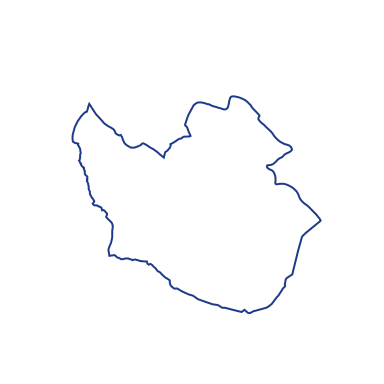 Angkor Chey, Kâmpôt, Cambodia (Robinson projection), rotated 134°
{"feature_id": "14789045B76666331169485", "entity_name": "Angkor Chey", "entity_type": "district", "adm_level": 2, "iso_a3": "KHM", "parent_name": "Cambodia", "parent_adm1": "Kâmpôt", "projection": "robinson", "projection_center": [104.635, 10.793], "detail": "fine", "context": "isolated", "style": "outline", "palette": "blue", "viewbox_px": 384, "rotation_deg": 134, "n_neighbors": 0, "source": "geoboundaries", "source_scale": "gbopen_adm2", "svg_char_len": 5451}
<svg xmlns="http://www.w3.org/2000/svg" viewBox="0 0 384 384"><g transform="rotate(134 192 192)"><path d="M238.7,66.1L234.6,64.8L233.4,63.9L225.1,59.0L222.8,57.8L220.4,57.3L219.1,57.1L216.9,56.9L216.1,57.0L214.6,57.2L211.2,57.6L208.8,57.9L206.4,57.9L199.3,59.3L198.6,59.6L195.7,59.5L194.7,59.9L194.1,61.0L189.8,63.8L188.6,64.0L187.6,64.0L186.5,63.7L182.8,62.9L181.7,62.6L181.1,62.9L180.3,63.4L160.5,74.9L148.1,81.6L146.8,81.9L142.1,81.7L136.2,81.0L124.4,79.6L123.2,79.6L122.8,81.0L122.4,82.1L122.3,83.8L122.0,85.8L121.8,88.1L121.8,91.0L121.7,93.9L121.6,96.5L121.6,98.4L121.8,100.7L122.1,102.5L122.2,103.3L122.3,105.3L122.2,107.2L121.8,109.7L121.0,111.6L119.9,113.8L119.3,115.7L118.9,117.8L118.9,121.2L119.2,123.5L119.6,125.2L120.2,127.1L120.7,128.6L121.5,130.2L122.6,132.0L123.2,132.6L123.8,133.2L125.1,134.5L126.3,135.4L127.4,136.2L128.0,137.0L128.0,137.9L127.1,138.8L125.4,140.2L124.7,140.9L123.3,142.4L122.3,143.8L121.4,145.9L120.8,147.8L120.9,149.4L121.6,151.4L122.1,153.0L122.2,154.4L121.9,155.5L121.4,155.9L120.6,156.4L120.0,155.9L117.8,154.1L115.7,153.1L112.7,152.8L110.5,152.7L108.5,152.8L105.9,152.1L104.5,151.4L102.6,151.4L100.6,151.4L97.6,150.5L96.4,149.9L95.1,149.5L93.7,149.4L92.8,149.3L92.0,149.6L91.6,150.1L90.9,152.2L91.0,154.3L91.9,156.4L92.8,157.8L93.4,159.3L94.1,161.5L94.7,164.0L94.9,166.2L94.9,169.0L94.7,171.3L94.3,173.3L93.9,175.2L93.7,176.9L93.7,180.0L93.8,183.3L93.7,185.8L93.7,187.5L94.0,189.3L94.0,191.1L93.9,192.9L93.5,194.8L92.9,195.4L91.8,196.0L90.5,196.2L90.1,196.8L89.8,200.1L89.7,203.8L89.6,206.5L89.3,208.5L88.8,210.2L88.8,212.1L88.7,214.4L89.0,217.5L89.7,220.0L90.8,222.8L91.8,224.8L93.1,226.9L94.4,228.7L95.7,229.7L96.6,230.1L97.9,229.8L100.4,228.6L102.7,227.0L104.8,225.7L106.8,224.8L108.9,225.1L110.4,226.3L112.0,229.7L113.1,231.6L113.7,232.9L114.3,234.2L114.9,235.1L115.7,236.6L116.5,238.7L117.1,240.5L117.3,241.1L117.8,241.5L118.4,242.7L119.7,245.3L121.4,247.9L122.3,248.8L123.4,249.8L124.6,250.5L128.2,251.1L131.3,250.3L134.4,249.4L138.5,248.3L141.5,247.1L144.8,245.5L146.8,244.6L148.3,243.7L148.8,243.3L148.8,240.8L149.5,239.1L150.5,237.3L151.5,234.9L152.3,232.7L152.7,232.0L154.1,232.6L156.0,234.5L157.9,236.3L159.5,236.8L160.8,236.8L162.6,238.1L164.9,238.7L167.1,239.1L170.2,239.9L171.8,240.4L172.5,240.8L173.1,239.9L174.0,239.4L174.6,239.0L175.6,238.7L176.3,238.6L178.0,238.6L178.9,238.4L180.5,238.6L181.8,239.0L183.2,238.3L183.8,237.9L185.9,236.8L186.8,236.2L187.2,240.4L187.3,241.6L187.3,244.2L188.1,249.8L189.1,253.3L189.8,257.5L190.8,260.8L192.0,261.6L193.7,261.4L195.0,261.9L198.1,263.2L200.4,264.5L202.5,266.8L203.7,271.3L203.8,274.2L202.5,277.9L201.1,280.4L200.5,282.9L201.7,283.4L202.5,285.3L202.9,287.8L202.2,288.7L201.4,291.7L201.9,294.7L202.9,298.1L203.6,303.0L203.2,306.9L202.7,315.3L201.3,321.4L200.0,327.1L202.7,325.9L204.1,325.0L205.7,324.2L207.4,323.4L208.2,324.1L209.0,324.2L210.1,324.3L210.8,324.4L213.2,324.4L215.4,324.2L218.2,323.7L220.0,323.5L222.0,322.9L224.3,322.2L227.2,321.2L228.7,320.3L231.3,318.9L233.3,317.8L235.0,316.5L237.0,314.6L238.0,313.4L238.5,312.3L238.2,311.7L238.2,310.8L237.7,309.7L237.3,309.2L236.7,308.3L236.3,307.4L237.3,306.9L237.8,304.8L238.2,304.2L238.4,303.1L238.7,302.5L239.2,301.8L239.6,301.3L240.1,300.8L240.6,300.0L241.4,299.0L242.1,298.7L243.0,298.3L243.6,297.7L244.4,296.9L244.8,296.5L245.6,296.1L246.4,295.4L247.2,295.0L247.9,295.1L248.0,294.4L248.4,293.2L248.8,292.6L248.6,291.6L248.9,291.0L249.5,290.7L249.8,289.6L249.9,288.9L249.8,287.6L249.5,286.8L250.0,286.1L250.5,286.0L250.8,285.4L251.1,284.3L251.4,283.6L252.1,283.1L252.7,282.4L253.2,281.9L253.5,281.4L253.8,280.3L253.7,279.6L253.6,278.6L253.7,278.0L254.0,277.5L254.6,277.0L255.5,276.8L255.9,275.7L256.5,275.8L257.1,275.3L257.4,274.5L257.7,273.7L257.9,272.8L258.3,272.2L259.0,271.6L259.5,270.5L259.9,270.0L260.5,269.4L261.1,269.0L261.5,268.5L261.9,267.8L262.3,266.7L262.6,265.8L263.2,265.2L264.3,264.1L264.8,262.8L265.0,261.6L265.4,261.0L265.7,259.9L265.7,258.9L265.9,257.8L266.5,255.9L267.3,255.6L268.3,255.5L269.3,255.3L269.4,254.5L269.6,253.8L269.4,253.0L268.8,252.2L267.6,251.0L267.6,250.3L267.2,249.6L267.1,248.6L266.7,248.0L266.3,247.2L266.4,246.4L266.4,245.7L266.8,245.2L267.4,244.6L267.7,244.0L267.0,243.5L266.5,243.0L266.2,241.9L266.3,241.0L266.5,239.6L266.5,238.2L267.2,237.5L267.9,237.2L269.1,236.7L269.6,236.4L269.7,235.6L269.8,233.7L269.8,232.2L269.8,230.1L269.9,228.2L270.6,226.8L271.5,225.3L273.5,223.7L275.4,222.4L276.2,221.5L277.9,220.0L279.2,218.6L281.1,217.2L282.8,216.1L285.2,214.8L287.4,214.0L288.8,213.4L290.4,212.7L291.8,211.8L293.2,209.9L295.3,207.1L294.0,206.1L292.5,204.9L291.2,203.8L291.0,202.7L291.1,201.5L291.0,200.1L290.3,199.2L290.0,198.1L289.8,197.5L289.6,196.3L288.1,194.9L286.8,194.2L286.1,193.6L284.9,192.6L284.0,191.6L283.6,190.2L283.1,189.4L282.5,188.5L282.4,187.4L281.2,186.8L279.9,185.9L279.2,184.4L278.3,182.9L277.6,181.1L276.2,179.6L275.2,178.2L273.7,176.6L273.3,176.1L274.3,174.8L274.5,173.6L274.3,172.6L273.5,172.4L272.5,171.8L272.2,169.5L272.4,167.4L272.2,165.3L272.5,163.8L272.8,161.5L272.1,159.8L272.0,158.5L272.1,157.6L272.2,155.6L272.1,152.0L271.4,149.1L271.0,146.6L272.2,145.5L273.6,143.6L274.2,141.5L273.9,137.9L273.3,137.1L271.8,135.8L270.5,130.4L269.1,126.4L268.0,123.3L266.9,121.2L266.0,119.5L265.8,118.6L265.2,114.8L265.1,113.6L264.0,111.1L258.5,99.2L257.0,97.2L256.5,96.3L255.8,95.6L255.3,94.6L254.2,89.7L253.2,88.8L252.5,88.0L243.9,73.0L240.3,72.4L240.1,68.2L239.6,67.0L238.7,66.1Z" fill="none" stroke="#1e3a8a" stroke-width="2"/></g></svg>